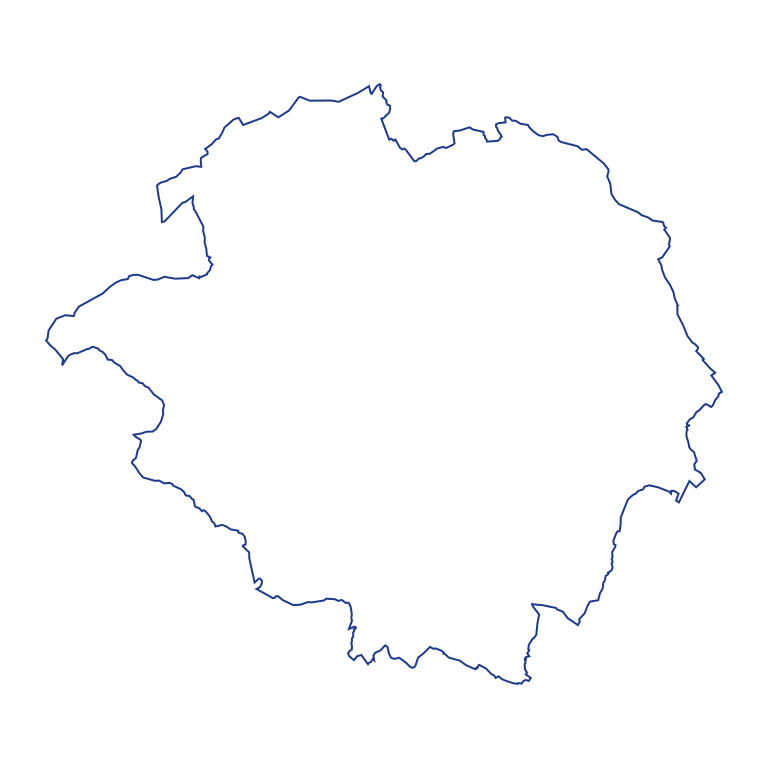 the district of Savadisla, Cluj, Romania
{"feature_id": "2599482B70181130715167", "entity_name": "Savadisla", "entity_type": "district", "adm_level": 2, "iso_a3": "ROU", "parent_name": "Romania", "parent_adm1": "Cluj", "projection": "orthographic", "projection_center": [23.427, 46.664], "detail": "fine", "context": "isolated", "style": "outline", "palette": "blue", "viewbox_px": 768, "rotation_deg": 0, "n_neighbors": 0, "source": "geoboundaries", "source_scale": "gbopen_adm2", "svg_char_len": 6067}
<svg xmlns="http://www.w3.org/2000/svg" viewBox="0 0 768 768"><path d="M62.1,365.4L67.8,356.5L69.7,354.9L74.0,353.2L77.2,353.3L87.5,348.9L89.1,348.8L92.0,346.9L93.7,347.0L98.4,348.8L99.3,350.2L103.1,352.3L105.6,355.2L107.7,359.6L111.9,360.0L114.4,362.7L120.4,366.2L122.5,369.5L127.1,374.6L133.4,377.6L136.1,380.2L137.4,380.5L138.6,382.5L142.7,383.3L144.7,386.0L148.6,387.7L153.8,394.4L162.3,400.5L164.0,405.1L163.0,410.2L163.2,414.5L160.8,421.9L156.4,428.8L152.6,431.6L146.6,431.7L140.8,433.6L133.7,434.7L135.1,436.4L140.5,439.8L141.1,441.2L139.2,448.2L137.7,450.1L136.1,457.7L132.7,460.8L131.9,463.1L134.7,465.9L139.8,473.7L143.2,477.5L154.9,480.8L159.1,480.6L164.1,483.3L169.7,482.9L172.2,484.0L173.1,485.6L181.1,489.3L183.9,491.8L185.7,495.4L189.7,496.1L192.2,499.1L193.6,499.7L194.9,505.9L195.8,507.0L199.4,508.3L201.9,511.2L203.6,510.1L206.2,512.0L210.2,517.1L211.9,521.3L214.3,523.3L215.5,526.5L222.2,524.9L226.2,526.4L230.6,529.4L238.2,530.7L238.2,532.0L239.4,533.1L242.3,533.6L244.5,536.4L245.8,541.2L245.4,544.7L243.7,544.9L242.7,546.2L249.2,552.4L249.2,557.7L254.6,582.5L258.9,578.6L260.4,578.8L261.9,580.8L261.8,583.4L260.1,587.0L256.5,589.0L273.0,598.2L274.9,597.7L275.6,596.4L277.9,596.1L282.8,600.1L293.3,605.1L300.5,604.7L308.2,602.0L311.8,602.4L323.9,600.5L326.1,598.7L334.8,599.2L338.4,600.9L341.6,599.9L345.7,602.9L348.7,602.8L350.6,606.6L351.8,614.0L351.3,618.9L352.1,620.4L348.9,629.0L354.6,626.6L355.8,627.4L355.7,628.5L353.9,629.4L354.2,630.8L353.1,632.7L353.3,636.5L351.9,638.5L352.0,640.6L351.4,642.7L352.0,646.8L351.7,649.7L349.8,650.8L348.1,653.1L349.1,656.0L353.9,660.1L357.4,656.1L361.3,655.0L368.0,664.2L368.8,662.9L370.9,662.0L372.9,658.8L374.1,660.1L373.4,655.7L375.0,652.9L380.6,650.3L385.2,645.3L387.6,647.1L388.9,653.4L391.0,657.7L394.7,658.9L399.1,657.7L406.0,662.7L410.2,666.9L412.7,667.8L414.4,667.0L415.6,665.2L418.1,657.6L423.4,653.5L430.0,646.9L433.4,648.8L435.6,648.4L441.0,650.5L443.8,652.5L443.4,653.7L445.3,654.3L448.8,657.6L459.9,660.7L466.3,665.3L473.5,668.5L475.5,669.2L476.4,667.7L477.4,668.2L478.5,665.3L479.3,664.9L486.3,668.8L491.5,674.2L494.0,675.3L495.7,677.9L498.5,676.3L501.8,679.1L506.2,680.9L513.4,683.3L517.8,683.8L518.2,683.1L521.6,683.6L523.1,681.4L525.2,680.0L529.0,680.8L530.7,677.9L525.8,674.4L527.0,672.6L525.0,669.4L524.7,664.2L525.5,662.8L524.9,659.1L525.8,659.5L525.8,657.2L529.3,656.2L527.3,653.4L529.3,650.0L528.3,649.1L528.8,644.9L532.8,638.4L533.8,638.2L536.3,634.8L537.4,623.8L539.1,614.5L532.8,606.3L532.1,604.2L542.5,605.2L555.8,607.9L557.4,609.6L562.9,611.7L567.5,618.0L578.0,625.1L579.8,621.5L579.1,619.4L584.6,613.3L588.0,604.9L590.0,601.6L598.2,600.2L599.9,593.4L602.7,588.4L603.4,582.6L604.8,580.5L605.7,575.8L607.7,574.7L608.6,573.3L608.0,572.7L611.2,570.6L612.3,568.8L612.6,567.6L611.6,563.3L612.6,561.8L611.7,559.1L612.5,557.1L612.2,552.1L615.4,546.5L615.4,544.8L613.9,544.3L613.3,540.9L616.2,533.4L617.5,531.4L619.6,531.2L620.6,525.0L620.7,517.6L627.8,499.6L632.7,495.1L636.1,493.3L638.2,490.9L643.2,489.4L644.5,486.7L649.4,485.3L658.4,487.4L669.2,491.7L671.1,493.6L671.4,490.7L674.6,491.1L678.6,493.6L676.1,500.5L678.9,502.4L689.4,481.0L696.1,487.3L704.8,479.3L700.7,472.8L694.9,469.5L694.3,464.3L696.7,460.9L694.0,452.1L690.7,449.5L689.2,447.0L688.3,442.0L686.6,437.0L686.4,433.2L686.9,430.2L687.6,429.7L686.3,426.9L690.0,425.2L687.3,425.4L686.8,423.3L689.9,419.3L693.3,417.3L696.6,411.8L698.7,410.8L704.4,404.8L705.4,404.1L708.0,405.0L711.0,407.0L712.8,405.5L715.1,400.2L718.4,396.2L718.8,393.6L721.9,391.9L718.5,385.2L711.3,375.4L715.2,372.8L709.7,367.9L702.6,360.0L703.8,359.0L696.2,351.0L697.9,348.8L698.1,347.4L695.3,344.4L692.4,342.5L687.6,336.3L683.0,325.0L677.5,314.4L677.3,305.7L677.9,305.4L674.9,298.9L673.3,291.8L670.1,285.1L665.1,277.6L662.0,269.6L661.4,265.4L658.2,259.2L662.2,257.4L669.8,246.3L668.9,244.6L670.0,239.5L669.9,237.7L664.3,229.6L666.0,227.7L664.1,226.1L663.1,222.5L662.1,221.9L652.8,220.6L647.8,217.3L641.7,215.2L638.1,212.3L619.0,204.2L615.2,200.0L611.5,194.3L610.3,183.8L607.2,176.4L608.5,171.6L608.4,169.4L603.8,163.5L586.6,149.2L581.6,149.7L577.8,146.3L561.4,142.1L558.8,140.7L557.4,136.8L553.1,134.2L546.7,134.9L542.9,136.2L538.5,135.2L533.2,131.3L529.3,127.3L528.0,125.0L520.3,123.7L515.9,120.9L512.0,120.5L509.4,117.8L507.1,117.2L505.1,117.7L505.6,122.3L498.4,123.2L495.9,124.5L496.2,127.1L497.3,128.2L497.7,130.3L501.1,135.2L501.5,136.6L500.9,136.6L500.0,139.0L497.7,140.9L487.0,141.6L486.6,139.7L485.0,137.7L485.0,136.1L483.6,135.1L483.6,131.9L473.1,129.6L469.5,127.3L459.9,130.5L454.1,131.1L453.1,133.5L454.5,143.4L453.2,144.6L446.1,148.0L443.1,146.9L437.2,148.5L430.2,153.6L426.1,154.1L423.9,156.4L420.7,158.3L419.1,158.3L416.2,161.1L414.4,161.3L405.9,149.9L404.2,148.6L402.5,149.5L400.0,147.8L395.3,139.5L393.6,140.8L391.3,138.7L389.2,139.7L381.3,118.6L383.3,118.3L389.2,112.6L390.2,108.7L390.0,105.7L387.3,104.6L386.4,102.8L386.6,100.6L382.7,96.6L383.1,92.3L380.7,90.0L380.1,87.3L380.7,85.0L379.7,84.2L376.7,86.1L371.6,93.9L370.8,93.3L369.0,86.2L358.0,92.9L338.7,101.8L331.1,100.5L309.7,100.7L300.1,96.8L298.6,97.5L289.1,110.5L278.3,117.3L269.8,111.8L268.8,113.5L261.9,118.0L243.1,125.0L238.7,117.8L233.9,119.3L224.4,127.6L222.1,132.9L218.7,138.6L216.3,139.2L211.6,144.3L205.2,149.0L207.4,151.5L207.6,154.0L201.1,157.9L200.7,160.7L201.3,166.8L195.8,166.2L182.6,169.3L180.8,172.4L176.1,176.8L169.9,178.8L166.6,181.0L161.0,182.5L158.5,184.1L157.0,185.6L158.7,197.0L161.4,209.4L161.9,222.1L164.5,221.5L182.5,202.7L185.2,202.1L193.1,196.3L192.5,203.0L193.9,207.9L193.7,209.0L195.7,211.8L203.4,226.7L203.1,230.9L204.9,238.0L204.5,242.0L206.3,249.0L207.0,255.9L210.3,257.5L209.1,258.5L209.1,260.7L212.5,264.6L211.1,266.1L209.8,270.3L207.0,273.5L207.1,274.3L201.2,276.9L199.6,276.5L199.3,278.2L192.3,275.2L188.2,278.1L175.4,278.7L164.3,276.8L157.6,279.6L153.3,279.9L138.4,274.9L133.4,274.9L129.2,276.1L127.7,279.1L121.0,280.2L115.7,282.7L109.6,287.1L102.8,293.4L78.9,306.6L74.7,312.7L73.7,316.1L65.4,315.2L56.3,318.7L48.6,330.5L47.5,338.6L46.1,340.5L50.4,345.5L55.6,349.9L63.1,359.2L62.1,365.4Z" fill="none" stroke="#1e3a8a" stroke-width="2"/></svg>